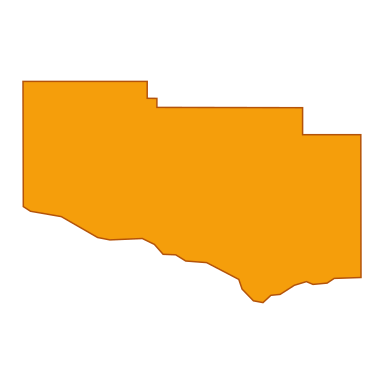 outline of Jerome, Idaho, United States of America
{"feature_id": "52423323B77549973511712", "entity_name": "Jerome", "entity_type": "district", "adm_level": 2, "iso_a3": "USA", "parent_name": "United States of America", "parent_adm1": "Idaho", "projection": "natural_earth1", "projection_center": [-114.264, 42.673], "detail": "fine", "context": "isolated", "style": "filled", "palette": "amber", "viewbox_px": 384, "rotation_deg": 0, "n_neighbors": 0, "source": "geoboundaries", "source_scale": "gbopen_adm2", "svg_char_len": 515}
<svg xmlns="http://www.w3.org/2000/svg" viewBox="0 0 384 384"><path d="M34.4,81.4L23.0,81.4L23.3,206.6L30.6,211.3L61.3,216.6L97.6,237.5L109.9,239.9L142.3,238.5L154.4,244.4L163.1,254.3L175.7,254.8L185.7,261.0L206.6,262.6L238.8,279.4L242.1,289.1L253.4,300.8L263.0,302.6L270.9,295.3L280.1,294.4L294.3,285.3L306.4,281.6L313.0,284.4L327.1,283.1L334.2,278.4L361.0,277.5L360.8,134.7L302.6,134.7L302.6,107.7L156.9,107.4L156.9,98.4L147.2,98.3L147.2,81.4L34.4,81.4Z" fill="#f59e0b" stroke="#b45309" stroke-width="1.5"/></svg>